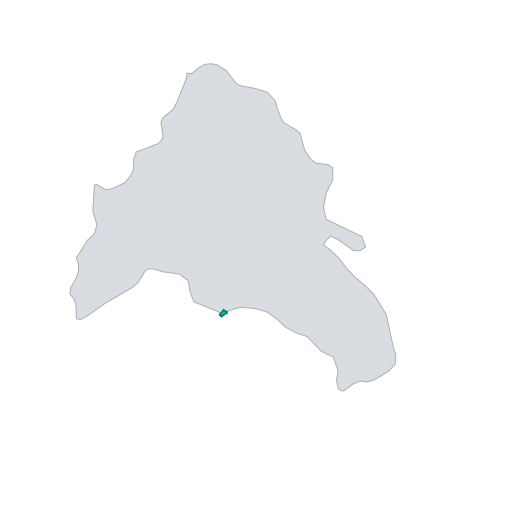 Sabana Grande de Palenque, San Cristóbal, Dominican Republic shown in context, rotated 31°
{"feature_id": "3306468B45575096497084", "entity_name": "Sabana Grande de Palenque", "entity_type": "district", "adm_level": 2, "iso_a3": "DOM", "parent_name": "Dominican Republic", "parent_adm1": "San Cristóbal", "projection": "equal_earth", "projection_center": [-70.148, 18.258], "detail": "fine", "context": "in_parent", "style": "filled", "palette": "teal", "viewbox_px": 512, "rotation_deg": 31, "n_neighbors": 0, "source": "geoboundaries", "source_scale": "gbopen_adm2", "svg_char_len": 2709}
<svg xmlns="http://www.w3.org/2000/svg" viewBox="0 0 512 512"><g transform="rotate(31 256 256)"><path d="M103.0,350.2L103.5,329.1L106.0,320.5L103.7,311.4L93.2,301.8L86.7,289.4L81.0,278.4L82.3,276.8L93.8,276.4L97.9,272.3L105.7,261.1L107.2,252.1L106.6,245.3L101.6,237.1L99.7,228.5L105.9,221.0L114.1,210.1L115.2,205.9L115.0,201.7L105.6,190.2L105.0,185.3L109.4,172.8L109.0,164.5L104.7,138.7L102.7,134.9L106.9,132.7L109.7,125.0L113.4,118.2L118.3,114.5L123.8,112.2L134.9,112.4L150.1,118.3L154.5,118.2L169.1,112.8L181.3,109.8L192.8,113.2L197.4,117.9L206.8,125.2L211.6,127.5L226.5,127.3L230.6,128.1L243.1,140.2L253.7,145.1L259.9,145.4L270.8,140.6L276.3,140.8L282.6,151.3L283.8,166.2L289.0,179.8L297.1,188.5L336.6,184.8L345.4,192.0L342.4,197.9L336.8,201.1L318.0,199.7L309.8,200.4L308.2,206.3L308.1,211.7L319.1,213.0L329.9,215.8L340.9,220.2L352.1,223.2L364.7,225.2L377.1,228.3L397.8,239.1L420.8,263.5L426.9,269.0L431.0,276.7L429.1,286.1L421.0,301.6L416.4,306.6L409.6,309.6L405.0,315.9L400.6,326.7L397.8,327.6L394.6,327.2L389.1,321.1L385.2,311.7L374.1,302.8L361.0,304.0L341.6,298.7L329.9,301.3L318.2,301.8L306.2,299.2L294.2,298.3L282.1,301.6L270.5,307.2L266.2,310.8L258.7,319.7L254.7,322.9L226.3,327.3L218.1,320.9L210.6,312.1L199.7,310.9L183.8,317.7L173.9,320.2L169.9,323.1L168.7,326.4L168.6,338.8L166.4,346.3L150.9,374.6L142.1,394.6L138.5,400.8L134.4,402.2L126.8,390.7L121.9,386.5L115.9,384.4L113.4,378.3L113.5,369.6L112.0,361.2L108.3,354.6L103.0,350.2Z" fill="#d9dde1" stroke="#a8b0b8" stroke-width="1"/><path d="M255.2,325.3L255.3,325.3L255.3,325.2L255.5,325.1L255.7,324.9L255.9,324.9L256.1,324.8L256.2,325.0L256.3,325.0L256.4,325.3L256.4,325.2L256.5,325.2L256.6,325.3L256.8,325.4L256.8,325.5L256.9,325.8L257.0,325.8L257.3,325.8L257.3,325.7L257.5,325.7L257.7,325.4L257.8,325.4L257.8,325.2L258.0,325.1L258.0,324.9L258.1,324.7L258.2,324.4L258.3,324.3L258.3,324.2L258.4,323.9L258.5,323.9L258.5,323.7L258.7,323.4L258.8,323.4L258.8,323.2L258.9,322.9L258.9,322.7L259.0,322.6L259.0,322.4L259.1,322.2L259.2,321.9L259.3,321.8L259.3,321.7L259.4,321.4L259.5,321.3L259.5,321.2L259.7,320.9L259.8,320.9L259.9,320.7L260.0,320.7L260.2,320.4L260.3,320.4L260.5,320.3L260.6,320.2L260.7,319.9L260.4,319.6L260.2,319.3L260.0,319.0L259.9,318.9L259.8,318.7L259.7,318.5L259.4,318.5L258.7,318.9L258.6,319.0L258.3,319.3L258.2,319.4L258.1,319.5L257.9,319.5L257.7,319.5L257.5,319.4L257.3,319.2L257.0,319.1L256.7,318.8L256.5,318.7L256.2,318.5L255.9,318.6L255.9,318.8L255.8,319.3L255.8,319.5L255.6,320.1L255.6,321.1L255.6,321.4L255.5,321.6L255.4,322.0L255.3,322.3L255.3,322.6L255.3,323.2L255.3,323.5L255.2,323.7L255.0,324.0L254.9,324.1L254.9,324.3L255.1,325.0L255.1,325.3L255.2,325.3Z" fill="#14b8a6" stroke="#0f766e" stroke-width="1.5"/></g></svg>